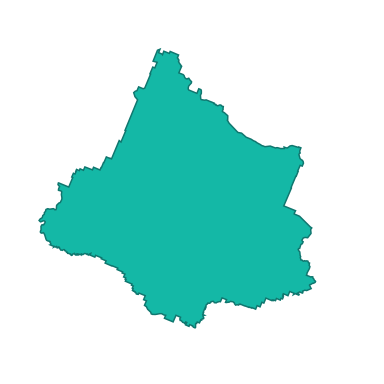 Junee, New South Wales, Australia, rotated 104°
{"feature_id": "25037944B78152286064279", "entity_name": "Junee", "entity_type": "district", "adm_level": 2, "iso_a3": "AUS", "parent_name": "Australia", "parent_adm1": "New South Wales", "projection": "albers", "projection_center": [147.763, -34.815], "detail": "fine", "context": "isolated", "style": "filled", "palette": "teal", "viewbox_px": 384, "rotation_deg": 104, "n_neighbors": 0, "source": "geoboundaries", "source_scale": "gbopen_adm2", "svg_char_len": 5983}
<svg xmlns="http://www.w3.org/2000/svg" viewBox="0 0 384 384"><g transform="rotate(104 192 192)"><path d="M62.3,238.2L60.9,247.2L63.0,247.5L62.2,253.4L65.9,253.8L65.4,254.4L64.9,258.1L61.2,257.6L62.8,259.8L74.5,261.4L74.6,257.2L80.6,258.1L80.3,260.3L87.5,261.4L87.6,260.7L102.7,263.0L103.6,264.4L102.9,269.2L107.0,269.9L107.9,271.4L109.7,272.6L113.3,270.4L115.7,267.1L148.4,271.9L148.5,271.1L160.7,273.0L159.7,275.1L179.3,278.1L179.0,279.8L179.3,279.9L178.7,283.6L184.9,284.6L184.9,285.0L190.3,285.8L190.3,286.2L192.9,286.6L191.8,293.5L194.6,293.9L193.6,302.0L197.2,302.6L196.6,306.2L198.5,306.5L198.0,309.5L200.0,309.8L200.0,309.4L202.8,309.9L202.5,311.6L206.6,312.3L206.8,311.2L217.0,312.8L215.4,323.6L215.6,323.9L217.3,323.8L218.8,321.8L220.9,322.2L222.5,322.1L222.7,321.6L222.6,319.9L223.0,318.7L223.6,318.4L226.2,318.1L228.9,316.9L230.0,316.6L230.9,316.6L233.7,317.2L234.2,317.4L234.9,318.5L237.4,320.0L238.2,320.1L240.6,319.6L242.1,319.8L242.4,320.9L241.8,321.8L241.7,322.5L243.1,325.9L243.1,327.9L244.1,329.3L244.9,329.6L246.1,329.4L247.7,330.3L249.3,329.9L250.9,331.1L252.8,331.1L253.8,331.6L254.5,332.6L256.6,333.5L257.4,332.3L257.6,331.6L255.9,329.3L255.8,328.1L256.3,327.3L257.2,327.2L259.7,328.0L260.2,329.7L261.9,330.2L265.3,329.3L266.9,329.6L267.8,329.3L268.3,328.4L268.0,327.2L267.4,326.6L267.6,326.0L269.1,324.6L273.0,322.3L274.0,321.4L274.3,320.4L274.4,317.7L275.4,317.5L275.9,316.8L276.5,316.4L277.3,316.5L277.6,316.9L278.2,312.8L278.9,312.9L278.1,312.1L278.5,311.6L278.4,311.0L277.7,310.4L278.9,309.3L278.4,308.2L277.7,308.4L277.7,307.4L278.9,306.6L280.1,305.3L279.9,304.4L280.0,303.7L279.0,302.7L278.8,301.8L279.7,301.2L279.6,300.4L280.6,299.5L280.8,299.1L280.6,298.5L281.6,297.9L281.4,297.4L281.6,295.9L281.5,295.0L281.9,294.9L282.0,294.0L282.6,294.0L282.7,293.7L282.3,293.0L280.9,292.6L280.7,291.9L280.1,291.4L280.7,290.9L280.6,290.0L281.2,289.9L281.3,289.2L279.7,288.6L279.7,287.5L280.4,288.1L280.8,287.8L280.7,287.2L280.3,287.1L280.0,286.2L279.6,285.7L279.7,284.7L279.9,284.3L278.9,284.3L279.2,282.8L277.7,281.5L277.7,280.9L277.5,280.1L278.0,278.7L277.5,278.6L277.9,277.9L277.8,277.4L278.1,277.0L277.0,276.5L276.1,275.4L277.9,275.5L278.7,270.5L276.8,270.2L277.7,263.8L278.7,264.0L279.6,258.7L282.0,259.1L283.2,251.8L282.9,251.7L283.8,245.6L285.4,245.9L286.3,240.0L287.5,240.2L287.9,237.2L291.0,237.8L291.4,235.5L292.9,235.7L293.0,234.8L294.7,235.1L295.8,228.0L297.1,228.2L297.4,226.2L299.8,226.7L300.0,225.7L301.8,226.0L302.0,224.7L302.4,224.8L302.6,223.2L302.8,223.2L302.9,222.6L303.3,222.6L303.5,221.9L304.3,221.4L304.1,220.9L304.5,220.6L304.3,219.3L302.9,219.0L303.9,212.3L308.2,212.9L308.6,209.9L313.5,210.7L314.3,208.5L316.5,206.7L318.6,203.0L320.1,202.1L320.3,200.8L319.7,197.9L317.8,193.7L317.4,191.9L318.1,189.5L318.0,187.7L321.2,188.2L322.6,178.9L315.5,177.7L316.3,172.8L318.1,173.1L319.5,172.4L319.4,171.3L320.7,169.5L320.8,168.1L321.5,167.0L319.6,166.7L319.8,165.5L322.5,166.0L323.1,162.4L321.2,162.1L321.7,159.1L322.0,159.2L322.2,158.6L322.8,158.0L323.1,156.4L322.9,155.9L322.3,155.8L319.3,156.6L318.7,156.5L318.3,156.1L318.4,155.7L316.9,155.5L317.2,153.1L313.9,152.5L314.0,151.6L312.5,151.4L312.4,150.6L312.0,150.1L311.3,150.1L310.2,151.1L309.3,151.4L308.6,150.1L308.3,151.9L306.2,151.6L306.1,152.0L302.5,151.5L302.6,150.9L300.5,150.6L300.7,151.2L297.8,150.8L296.9,149.9L296.0,149.8L295.7,148.1L295.2,147.5L294.7,147.1L294.2,147.2L293.8,147.0L292.9,145.0L293.2,144.3L294.0,143.6L293.7,141.7L292.8,140.9L291.6,138.7L291.6,137.9L287.5,137.2L288.1,132.4L291.0,132.8L291.0,132.5L290.8,131.4L290.1,130.4L290.1,129.6L288.7,127.9L288.8,127.1L288.6,125.8L289.2,124.2L290.1,123.8L291.2,122.3L290.5,121.1L290.4,119.4L289.4,119.1L289.4,118.1L289.1,118.0L289.8,113.6L289.8,112.8L289.7,112.8L290.2,108.9L289.8,108.8L290.2,105.9L289.7,105.8L290.3,101.9L286.5,101.3L287.0,98.2L282.1,97.5L282.4,95.4L277.1,94.6L278.1,88.1L277.3,88.0L277.6,86.5L277.0,86.4L277.2,84.7L274.9,84.3L275.5,80.2L273.6,79.9L273.8,78.3L271.6,78.0L271.5,78.6L270.2,78.4L270.1,79.0L268.6,78.8L269.4,73.8L264.9,73.1L265.6,68.4L267.0,68.7L265.7,67.3L266.2,63.5L265.3,63.3L265.0,65.6L262.9,63.4L263.4,60.5L263.2,60.2L262.2,60.2L261.5,60.7L260.0,58.8L259.9,56.9L256.9,53.0L254.0,55.5L253.4,55.3L253.0,54.4L251.4,52.9L251.4,52.5L250.3,51.0L249.7,50.6L248.8,50.5L247.9,52.1L246.7,53.0L246.3,53.8L245.1,54.3L245.3,55.5L245.7,56.0L245.1,60.8L243.8,60.6L242.8,60.8L238.1,59.6L235.9,59.5L234.8,60.6L232.5,60.8L232.5,61.8L231.0,62.9L231.1,64.1L231.6,65.4L231.4,66.0L232.2,67.3L231.4,68.9L231.6,69.7L231.5,70.1L231.0,70.1L229.5,71.1L228.5,70.9L227.2,71.8L224.1,72.9L223.1,74.2L222.1,75.1L221.1,74.9L220.8,73.9L216.9,73.7L215.1,72.6L215.2,72.4L213.4,72.1L213.0,73.0L212.2,73.7L210.2,73.1L209.6,72.8L208.7,71.2L208.4,68.7L203.7,66.6L203.3,66.5L199.7,67.8L197.9,67.1L197.2,68.9L189.5,81.8L188.6,87.5L187.7,87.6L185.1,87.0L183.3,99.6L164.2,96.5L164.1,96.9L162.0,96.7L151.6,95.1L151.6,94.7L146.3,94.0L146.2,94.5L140.0,93.5L140.2,91.3L137.1,90.8L135.6,91.5L134.5,92.6L134.4,93.4L133.4,95.3L129.8,97.3L128.3,97.1L128.0,96.5L126.3,97.4L122.8,97.0L122.5,99.3L123.0,99.3L122.7,106.1L123.6,108.0L126.1,110.0L126.4,111.4L126.1,113.5L127.5,113.0L128.4,116.4L128.3,119.7L128.5,120.6L129.1,121.6L128.5,127.2L130.4,132.2L130.1,134.0L130.1,135.5L129.5,136.9L128.5,140.9L127.7,142.6L127.4,144.7L126.5,147.3L125.7,152.8L122.9,158.1L123.1,161.9L116.3,172.6L113.8,175.1L113.5,174.8L109.4,175.7L107.3,179.6L106.6,181.9L106.3,182.1L104.1,181.8L103.5,182.1L101.5,182.3L101.6,183.4L100.8,184.5L100.7,185.9L102.1,187.9L101.8,190.0L101.3,190.0L101.0,192.1L100.4,192.0L99.2,200.5L99.9,202.2L100.1,205.5L99.4,206.1L96.1,207.2L94.0,206.8L91.5,207.4L90.5,208.1L90.2,210.4L95.1,211.1L93.8,219.8L93.0,220.6L91.2,220.9L89.8,220.8L86.4,219.0L85.1,219.1L83.6,221.4L82.4,222.6L82.5,223.0L83.6,224.2L83.4,225.5L82.7,226.7L80.9,227.9L80.2,229.0L79.6,233.6L72.6,232.5L72.5,233.1L72.1,233.0L69.5,236.0L68.6,236.6L68.3,236.4L67.0,236.7L66.7,237.4L65.9,237.8L65.4,238.6L62.3,238.2Z" fill="#14b8a6" stroke="#0f766e" stroke-width="1.5"/></g></svg>